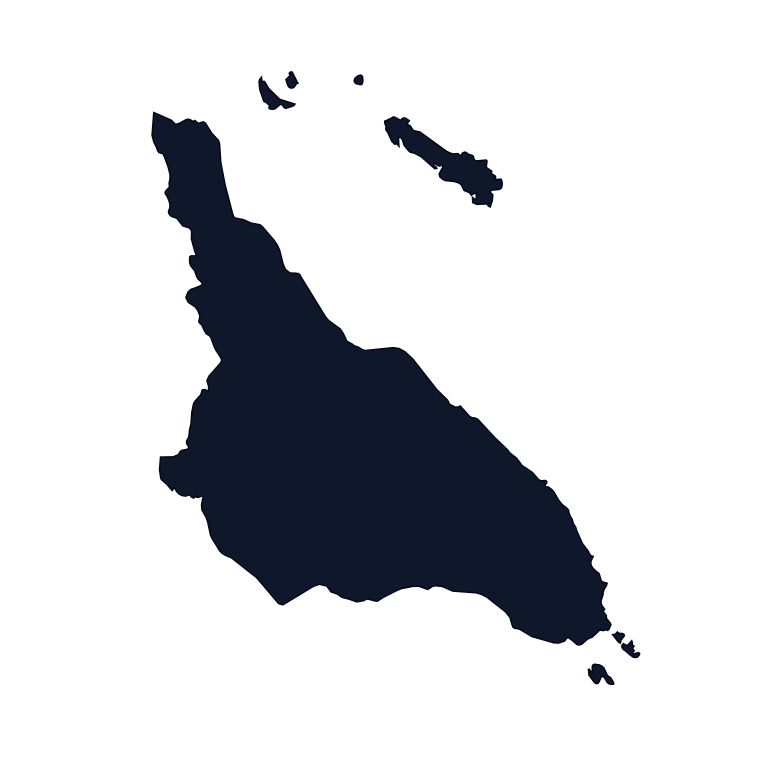 outline of Aceh, rotated 175°
{"feature_id": "IDN-1136", "entity_name": "Aceh", "entity_type": "Autonomous Province", "adm_level": 1, "iso_a3": "IDN", "parent_name": "Indonesia", "parent_adm1": "", "projection": "natural_earth1", "projection_center": [96.646, 3.962], "detail": "fine", "context": "isolated", "style": "filled", "palette": "ink", "viewbox_px": 768, "rotation_deg": 175, "n_neighbors": 0, "source": "natural_earth", "source_scale": "10m", "svg_char_len": 6135}
<svg xmlns="http://www.w3.org/2000/svg" viewBox="0 0 768 768"><g transform="rotate(175 384 384)"><path d="M589.7,674.5L573.0,665.4L569.1,660.9L565.9,661.2L558.5,664.4L556.5,664.9L554.2,664.3L551.2,662.1L549.5,663.0L546.3,659.9L541.0,660.9L539.1,659.4L533.7,648.7L527.7,641.2L526.9,638.0L527.3,619.0L524.9,595.9L519.9,566.4L519.1,563.6L517.7,562.3L509.5,559.9L502.4,555.9L493.5,553.4L491.1,550.9L480.8,536.5L478.1,531.5L476.3,526.3L474.1,512.4L472.1,506.5L467.8,502.7L463.0,502.2L459.6,501.4L458.1,499.9L457.3,497.8L436.4,456.0L433.7,452.2L422.7,442.5L420.1,437.7L417.3,429.9L411.4,425.9L410.9,424.9L406.6,423.1L402.4,420.0L399.9,419.0L371.5,419.4L365.9,418.0L360.1,414.1L353.2,406.5L331.8,373.7L322.2,362.5L320.3,358.0L314.9,354.7L311.5,354.7L310.0,355.5L301.6,344.3L299.4,342.8L296.7,342.3L293.8,340.9L278.7,321.4L266.1,307.0L265.1,304.8L258.3,298.5L253.6,290.8L243.8,282.9L238.1,275.0L235.6,273.8L232.4,273.9L230.9,273.5L230.3,272.1L230.6,271.2L232.0,269.7L232.3,268.7L231.9,267.5L229.3,267.1L225.5,263.7L223.8,261.0L220.1,253.0L217.2,248.6L213.4,245.1L211.2,242.4L210.9,239.1L210.1,236.6L208.3,232.5L207.6,228.7L205.6,224.7L204.7,220.6L200.3,207.9L195.2,199.8L194.2,197.1L193.0,195.0L190.6,194.0L193.3,189.5L193.6,185.8L192.2,182.7L189.6,179.5L186.2,176.3L184.9,169.7L183.8,167.9L179.1,166.1L180.0,163.7L182.4,160.6L183.8,157.6L184.1,155.2L186.6,149.3L186.9,146.7L186.3,144.5L183.8,140.3L185.7,138.7L182.7,133.9L182.9,131.3L179.8,126.7L178.9,124.6L181.1,120.2L182.7,119.0L184.8,120.0L186.5,119.2L190.6,120.0L198.4,113.8L203.2,112.3L209.4,107.7L212.1,106.9L214.6,107.7L218.5,111.9L222.1,115.0L223.3,115.3L224.7,114.3L226.5,112.2L232.5,110.7L237.5,111.4L258.8,119.6L269.7,127.5L272.0,128.6L274.4,129.0L276.5,130.2L277.5,133.2L278.8,140.3L282.6,146.2L300.1,162.7L304.8,165.7L310.2,167.9L333.5,171.7L343.6,177.2L349.9,178.5L353.1,178.3L358.3,175.5L366.9,179.5L372.6,179.9L384.3,178.7L389.2,177.2L403.4,171.5L409.5,168.2L412.3,168.8L418.8,171.2L420.6,171.1L422.8,170.0L430.0,169.3L438.0,172.9L444.3,175.1L449.2,179.0L454.9,181.5L458.6,187.7L465.8,190.1L471.7,188.7L504.0,172.8L508.1,174.4L527.7,202.1L551.1,224.1L557.3,227.4L560.1,229.5L562.3,232.2L568.9,245.5L570.0,248.6L571.7,262.2L572.9,266.8L576.2,274.1L576.4,275.7L576.2,280.0L574.1,287.2L574.7,288.4L578.9,287.3L580.7,287.5L582.0,289.6L582.8,287.3L583.8,287.0L585.9,288.4L586.9,290.1L587.8,290.6L591.2,289.6L594.7,290.4L597.8,292.3L600.1,295.2L601.5,298.5L602.3,298.5L604.3,296.3L609.2,303.1L614.1,308.2L614.6,309.8L615.1,318.1L613.0,330.7L600.4,329.8L594.8,331.6L593.2,334.2L591.4,335.5L585.8,336.1L584.5,336.8L584.1,338.5L585.6,341.4L585.9,343.0L585.4,344.8L583.1,348.1L581.6,355.6L579.8,360.9L577.9,372.7L575.4,381.1L573.3,383.8L567.5,389.2L565.5,394.0L562.7,394.1L559.7,391.8L558.9,396.6L560.1,402.7L557.8,407.0L545.5,418.7L543.8,421.0L543.8,422.9L544.6,425.0L548.3,431.9L549.8,435.5L552.2,444.4L553.1,446.7L556.9,449.8L558.4,453.1L560.3,458.6L562.7,461.2L563.1,462.4L561.6,466.8L561.6,468.5L563.0,473.3L565.3,477.2L571.9,482.5L573.8,487.5L571.4,492.4L568.5,494.9L559.1,497.5L557.3,498.4L556.0,499.5L557.0,501.4L560.3,505.1L561.6,508.4L562.7,513.3L566.3,518.6L566.8,520.7L567.0,522.5L566.5,527.5L565.0,528.5L561.5,528.1L560.5,528.1L560.1,528.7L560.1,529.9L560.9,532.4L563.2,545.3L562.4,552.1L562.6,554.1L564.4,556.5L570.6,559.0L576.0,567.2L580.5,569.2L582.1,570.4L583.4,572.4L583.7,574.7L582.0,578.1L581.6,580.8L581.9,583.8L583.3,588.8L585.4,593.2L585.1,594.5L583.6,596.3L580.8,598.6L580.5,599.7L580.6,602.6L579.3,607.1L578.9,611.1L580.1,618.9L583.2,630.4L584.2,632.6L588.0,634.2L589.0,635.7L590.0,639.5L592.2,645.2L593.4,651.9L589.7,674.5ZM360.1,637.4L359.5,640.3L360.4,643.4L360.4,645.8L357.2,646.5L358.2,646.5L353.2,648.3L351.8,649.2L350.5,649.1L344.6,645.3L342.0,647.3L339.7,647.2L335.8,644.1L338.7,640.8L335.6,639.1L332.6,633.9L326.2,631.9L301.6,610.5L298.3,608.5L295.2,607.1L290.3,607.1L288.3,605.1L287.4,604.8L285.9,607.1L283.8,607.9L282.6,607.9L279.8,605.5L275.7,603.8L275.1,602.5L274.6,599.6L272.8,598.2L262.7,598.2L261.9,597.2L263.2,591.4L262.4,590.1L258.2,586.8L258.6,584.2L254.8,581.3L254.9,579.7L255.5,578.0L249.6,577.9L248.8,575.7L248.8,572.3L249.8,569.2L252.0,567.8L259.6,567.7L261.2,566.8L261.4,565.4L259.2,563.3L259.3,561.6L260.2,557.2L262.8,551.1L264.2,551.9L266.0,554.4L275.9,554.9L279.8,557.0L279.6,562.3L276.8,559.8L275.7,560.7L275.8,566.8L280.6,564.5L282.1,567.1L287.3,569.8L289.7,576.0L292.8,578.2L296.3,579.6L305.1,581.3L307.4,582.6L310.2,585.3L310.8,588.3L306.7,594.8L306.8,598.2L309.1,596.3L310.6,596.5L314.4,599.2L315.2,599.3L315.5,598.2L315.1,597.1L313.1,595.6L312.6,594.2L314.6,594.0L327.1,607.1L333.4,611.2L337.8,612.7L339.8,615.0L343.1,620.0L344.3,625.2L345.4,627.8L347.5,628.5L348.2,627.2L348.4,619.5L350.4,622.1L351.3,622.5L352.3,621.8L355.1,625.1L358.1,633.7L360.1,637.4ZM479.1,676.1L482.1,688.1L482.2,695.9L481.2,698.5L479.3,700.3L479.3,695.9L477.1,696.0L475.7,694.0L473.2,688.5L463.1,676.7L448.3,670.6L449.3,669.3L451.5,668.5L458.1,667.2L459.7,668.4L460.9,671.2L463.2,671.4L468.7,667.6L471.2,667.4L473.6,667.9L474.7,669.2L473.6,671.2L477.1,675.0L479.1,676.1ZM199.4,67.3L200.7,68.8L205.2,76.2L205.2,81.9L204.2,81.9L203.2,80.0L201.3,78.5L201.3,83.8L200.6,85.7L198.9,86.5L193.9,85.4L191.6,84.0L189.7,81.9L186.8,74.0L183.8,71.7L181.3,66.3L181.4,65.0L184.5,65.2L186.1,65.8L187.7,67.3L189.6,71.5L191.2,73.6L193.1,73.4L195.6,68.7L197.0,67.0L199.4,67.3ZM167.4,97.5L169.0,99.1L169.9,100.9L169.8,102.7L168.3,104.5L164.5,102.1L159.6,106.6L159.1,104.5L159.6,102.1L158.2,101.7L157.8,101.1L159.2,99.3L159.1,98.2L157.9,96.4L159.7,95.4L159.7,94.2L158.0,93.5L154.3,94.2L152.9,93.6L153.1,92.1L154.4,90.6L155.9,89.6L159.3,90.0L162.5,92.7L168.3,98.7L167.4,97.5ZM455.2,695.9L451.2,699.0L450.8,699.7L451.4,701.8L450.1,703.0L448.3,702.8L443.6,691.1L444.5,691.3L448.0,687.2L450.8,686.8L452.7,687.9L454.0,690.3L455.2,695.9ZM173.0,106.5L178.1,114.4L175.3,114.6L173.1,116.7L171.6,115.1L168.3,114.7L166.8,113.9L166.5,112.2L170.2,108.2L171.1,105.3L173.0,106.5ZM381.1,684.2L385.4,685.5L386.8,686.8L387.3,688.7L386.4,691.0L383.4,693.2L380.4,693.8L378.6,692.3L378.6,688.0L379.1,685.9L379.8,684.6L381.1,684.2Z" fill="#0f172a" stroke="#020617" stroke-width="1.5"/></g></svg>